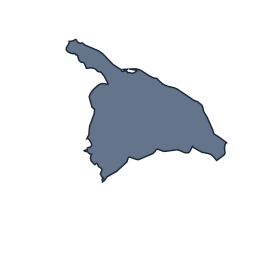 map outline of Haute-Corse (Albers equal-area conic projection), rotated 302°
{"feature_id": "FRA-5297", "entity_name": "Haute-Corse", "entity_type": "Metropolitan department", "adm_level": 1, "iso_a3": "FRA", "parent_name": "France", "parent_adm1": "", "projection": "albers", "projection_center": [9.18, 42.426], "detail": "fine", "context": "isolated", "style": "filled", "palette": "slate", "viewbox_px": 256, "rotation_deg": 302, "n_neighbors": 0, "source": "natural_earth", "source_scale": "10m", "svg_char_len": 2244}
<svg xmlns="http://www.w3.org/2000/svg" viewBox="0 0 256 256"><g transform="rotate(302 128 128)"><path d="M68.8,134.9L69.9,134.2L70.7,133.1L72.1,134.0L72.6,133.3L72.7,131.9L73.2,130.8L73.8,130.1L74.0,129.3L74.6,128.8L78.4,128.2L79.5,127.2L79.7,125.6L79.7,123.6L81.0,121.6L81.6,120.3L81.0,119.7L79.5,119.5L79.2,119.0L79.5,118.3L80.5,114.2L82.1,112.4L84.1,111.5L86.4,110.9L85.7,109.4L86.4,105.8L85.5,104.2L85.5,103.0L86.5,103.5L86.8,103.5L86.9,103.9L87.2,105.3L89.2,104.2L90.5,104.7L91.5,105.9L92.9,106.5L94.8,105.9L96.2,104.3L97.3,102.1L97.9,99.8L97.0,98.7L101.5,98.4L109.1,94.5L122.4,91.7L126.2,89.7L126.5,86.6L133.0,79.4L134.3,78.4L137.1,77.9L139.9,77.9L141.2,78.3L142.3,78.2L148.4,80.0L150.9,81.4L151.7,82.2L152.5,83.3L153.1,84.6L154.2,87.7L155.0,87.7L159.3,80.4L161.0,75.7L159.9,72.1L160.8,69.0L160.1,66.2L158.5,63.5L156.6,61.1L159.8,56.5L159.8,55.1L159.0,53.6L159.0,52.2L159.5,50.6L160.3,49.5L163.0,46.6L162.6,45.8L162.5,45.3L162.6,44.6L163.0,43.3L161.8,42.0L161.0,39.4L160.8,36.5L161.4,34.4L163.3,33.2L168.2,33.1L170.4,32.2L171.9,34.4L173.0,35.3L175.3,36.6L175.3,37.8L174.3,39.1L174.1,40.9L174.7,42.7L176.0,44.3L175.5,47.4L177.8,62.1L177.6,67.0L173.8,82.1L174.0,84.1L173.7,86.4L173.9,91.1L173.7,91.5L173.3,91.9L173.0,92.4L173.0,93.2L173.3,93.6L173.8,94.0L174.4,94.2L174.6,94.2L174.9,95.6L175.2,96.5L175.2,97.4L174.6,98.7L175.6,99.5L176.0,100.6L176.3,101.8L177.1,103.1L178.0,103.9L181.2,105.3L180.9,103.0L180.4,101.9L178.6,97.7L182.0,102.8L183.2,105.6L183.7,108.7L183.5,118.1L183.9,123.0L185.4,126.4L184.7,128.5L184.2,130.8L183.8,133.3L183.8,136.4L184.4,139.7L186.6,146.0L187.1,149.2L186.3,169.3L187.2,173.1L186.9,174.5L186.7,177.3L186.4,178.6L185.6,180.0L182.3,183.1L181.1,185.2L179.2,189.2L171.0,201.2L169.2,203.0L168.5,204.5L168.5,210.3L167.7,219.5L165.7,219.0L162.9,220.0L157.7,223.8L156.0,223.7L147.4,220.4L149.3,214.8L149.5,212.0L148.7,209.1L146.6,203.5L146.2,194.6L146.6,192.5L140.3,192.8L138.7,192.0L137.1,189.1L136.4,184.0L135.5,181.1L127.6,171.5L126.9,170.0L126.0,165.1L125.2,163.8L124.3,163.3L122.1,163.3L119.3,162.5L106.6,153.6L105.7,151.2L104.3,144.8L102.9,143.9L98.6,145.0L85.4,141.4L75.5,136.1L70.7,135.8L68.8,134.9ZM174.6,92.1L177.7,96.5L177.0,96.5L174.6,92.1Z" fill="#64748b" stroke="#1e293b" stroke-width="1.5"/></g></svg>